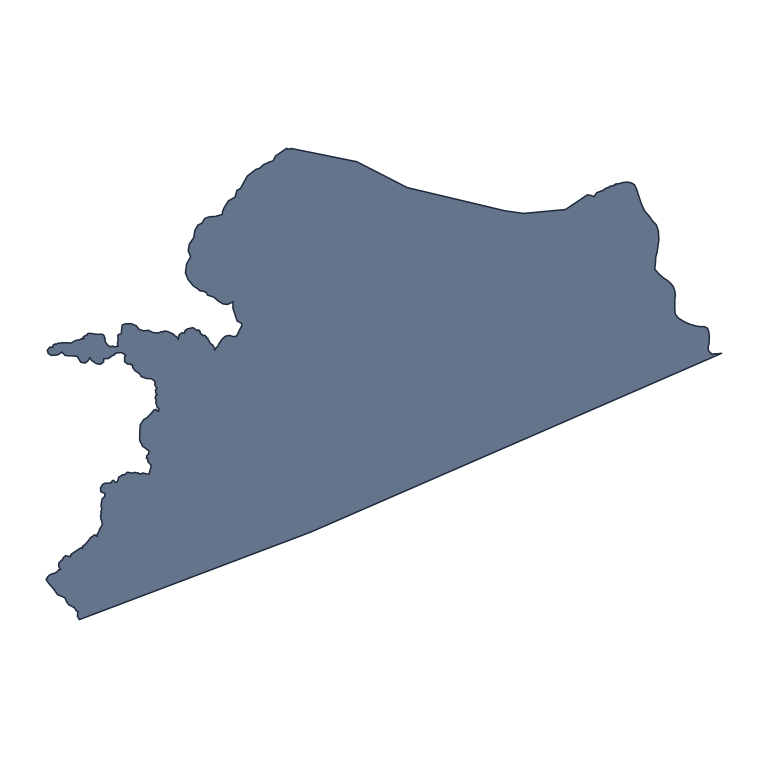 Medorm, Aimeliik, Palau
{"feature_id": "81905179B56582984107965", "entity_name": "Medorm", "entity_type": "district", "adm_level": 2, "iso_a3": "PLW", "parent_name": "Palau", "parent_adm1": "Aimeliik", "projection": "mercator", "projection_center": [134.484, 7.466], "detail": "fine", "context": "isolated", "style": "filled", "palette": "slate", "viewbox_px": 768, "rotation_deg": 0, "n_neighbors": 0, "source": "geoboundaries", "source_scale": "gbopen_adm2", "svg_char_len": 4708}
<svg xmlns="http://www.w3.org/2000/svg" viewBox="0 0 768 768"><path d="M721.9,353.2L718.1,353.8L716.3,353.7L714.5,353.8L711.7,354.1L710.4,352.6L708.5,350.7L708.1,347.5L709.2,342.6L709.1,340.1L709.3,336.8L709.0,333.0L708.1,329.4L707.0,327.8L704.0,326.6L699.7,326.6L695.6,325.9L690.7,324.5L686.6,322.9L682.9,320.9L678.4,318.1L675.3,314.2L674.8,309.6L674.8,299.8L675.4,294.9L675.1,293.1L674.7,290.6L673.4,286.8L671.3,284.0L667.6,280.6L663.4,277.9L658.5,273.5L656.1,270.7L654.8,269.4L655.0,267.0L655.6,261.5L655.8,256.8L657.1,252.2L658.9,240.0L658.5,233.9L658.4,230.7L657.5,228.5L656.3,224.8L652.6,221.1L649.7,216.7L644.9,211.3L641.5,204.2L638.2,194.2L636.6,189.2L635.5,186.8L634.5,184.8L632.2,183.3L630.2,182.6L628.7,182.3L627.1,182.0L625.8,182.2L623.6,182.4L620.8,183.0L619.9,183.6L615.6,184.0L615.6,184.8L614.8,184.6L613.0,185.8L612.2,185.8L610.1,186.2L608.3,187.7L607.2,187.6L603.8,189.5L603.0,190.7L602.1,190.7L598.6,192.0L598.0,192.2L597.0,192.5L596.1,193.5L595.1,195.0L594.5,196.3L593.8,196.6L592.8,196.2L591.0,195.4L587.4,194.8L565.6,209.5L523.7,213.4L504.9,210.8L460.4,200.2L407.3,187.6L356.7,161.7L290.9,148.4L289.7,149.3L286.5,148.4L275.3,156.1L273.9,159.4L272.9,161.1L270.1,161.7L263.4,164.7L259.8,168.2L255.9,169.4L247.2,176.1L240.5,188.4L236.9,190.4L235.0,197.2L228.4,200.8L223.9,208.1L222.6,211.4L222.3,214.4L215.2,216.5L211.3,216.6L208.5,217.0L204.6,218.6L202.1,223.0L197.8,225.2L194.7,230.8L193.9,237.3L189.3,244.2L188.2,250.7L190.6,256.7L186.6,264.0L185.4,272.8L188.1,279.6L193.5,286.1L196.9,288.2L200.1,290.9L203.2,291.2L206.4,292.6L207.4,295.0L214.1,297.3L218.2,301.0L223.3,304.0L227.5,304.4L233.0,302.0L232.9,308.2L237.1,321.0L239.2,322.0L241.6,323.6L241.8,325.5L236.6,336.0L233.5,336.7L229.7,335.4L226.0,336.0L223.4,337.8L221.5,339.9L219.1,343.4L217.8,346.4L215.9,347.9L214.9,349.9L214.4,349.3L213.8,347.0L212.9,345.2L210.9,343.8L209.8,342.8L209.2,341.0L208.4,340.0L207.6,338.1L206.7,337.8L206.2,336.6L204.5,335.2L202.8,335.6L201.7,334.1L200.3,333.6L200.1,331.4L199.1,330.2L197.6,329.9L196.8,330.6L193.9,328.1L192.4,327.7L187.2,329.0L185.1,330.5L184.5,333.0L182.7,332.7L180.9,333.3L179.0,335.0L178.1,338.9L176.4,336.6L175.0,335.9L172.7,333.7L169.4,332.3L167.6,331.5L164.1,331.0L163.0,331.8L160.7,331.9L158.7,332.8L154.9,332.8L152.1,332.2L148.6,330.3L143.7,330.8L139.2,329.4L136.3,325.8L131.3,323.6L127.6,323.8L124.8,323.9L122.2,325.1L121.4,331.0L121.4,333.3L120.6,334.0L119.1,334.2L117.8,335.2L118.1,339.9L117.4,343.7L118.1,346.1L114.2,346.9L112.4,346.0L110.6,346.8L107.9,345.3L106.5,343.5L105.1,341.6L105.1,338.8L104.0,335.6L102.3,334.2L96.9,334.3L94.4,334.0L89.8,333.3L87.6,333.7L87.0,335.2L85.3,335.5L84.4,336.2L83.0,337.4L83.8,338.7L82.7,339.0L81.5,338.7L78.8,340.1L76.9,340.0L73.5,341.6L70.2,343.5L69.1,342.8L62.1,342.7L59.6,343.3L58.1,343.1L56.5,344.1L55.1,344.0L53.2,344.9L52.5,347.3L49.9,347.1L47.2,350.3L48.3,353.6L51.3,355.4L57.7,354.9L62.0,352.1L65.1,355.5L71.5,355.9L77.1,356.3L80.7,362.2L85.1,363.1L88.1,360.7L89.8,357.8L91.8,360.7L96.5,363.7L100.5,364.3L103.6,362.0L103.8,358.7L108.3,358.6L110.1,357.3L112.3,355.7L114.4,354.9L115.7,353.1L121.1,352.6L122.8,353.2L124.6,354.7L125.8,355.4L124.6,356.6L124.6,361.7L127.7,364.1L130.3,364.1L131.3,365.0L132.4,365.0L132.6,367.4L134.9,370.6L140.0,374.1L141.1,376.5L146.7,378.6L150.9,378.6L153.7,380.3L155.2,382.1L154.7,384.2L155.8,386.9L157.0,388.2L155.4,390.2L155.9,393.1L157.1,394.9L155.9,395.3L155.1,398.0L156.2,399.9L155.8,402.5L156.1,403.8L157.4,407.6L158.7,408.2L159.1,409.3L158.6,411.0L157.6,411.3L156.4,409.4L154.0,409.9L150.4,414.3L146.4,418.2L144.0,419.2L140.2,424.9L139.9,430.0L139.6,437.6L139.8,440.6L142.6,446.3L145.8,448.5L149.0,450.9L148.6,453.8L146.8,455.7L146.4,458.4L147.8,459.3L147.9,460.1L147.8,461.4L149.3,463.3L151.2,465.4L150.9,467.2L148.8,474.4L142.5,472.9L141.6,473.9L139.0,473.7L138.2,472.8L136.2,473.0L134.6,472.3L132.4,473.2L129.5,472.5L127.0,472.3L124.9,474.7L122.7,474.7L118.7,477.2L117.7,480.8L116.5,482.2L114.9,482.2L113.7,480.4L112.4,480.6L110.8,483.0L104.5,483.3L102.4,484.6L100.5,488.0L100.7,491.6L104.9,493.6L104.7,496.4L102.1,498.9L101.4,503.0L101.0,505.8L101.8,508.9L100.9,512.0L101.4,513.2L100.4,515.7L100.9,517.2L100.8,518.9L101.6,520.6L102.4,524.6L99.4,529.4L99.2,531.2L97.0,534.5L97.1,536.4L94.7,534.8L90.1,538.0L89.0,539.9L85.6,543.9L84.2,545.1L82.5,546.3L82.6,548.4L80.8,547.9L76.2,550.9L71.0,554.3L70.4,556.5L68.2,556.2L65.6,555.7L63.2,557.7L63.0,559.0L59.1,562.5L58.7,564.7L58.8,566.6L60.3,569.4L58.6,569.9L57.2,571.7L54.7,573.2L51.7,574.0L49.7,574.9L47.3,577.3L46.1,579.6L48.9,583.6L53.7,589.1L57.5,594.6L64.8,597.7L66.7,601.9L68.9,604.9L74.4,607.7L76.4,610.9L78.0,611.8L77.7,613.0L77.4,616.3L79.4,619.6L310.0,532.4L721.9,353.2Z" fill="#64748b" stroke="#1e293b" stroke-width="1.5"/></svg>